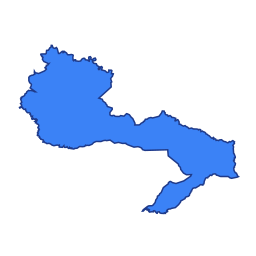 Ipameri, Goiás, Brazil, rotated 86°
{"feature_id": "56859067B29247640267498", "entity_name": "Ipameri", "entity_type": "district", "adm_level": 2, "iso_a3": "BRA", "parent_name": "Brazil", "parent_adm1": "Goiás", "projection": "natural_earth1", "projection_center": [-48.016, -17.457], "detail": "fine", "context": "isolated", "style": "filled", "palette": "blue", "viewbox_px": 256, "rotation_deg": 86, "n_neighbors": 0, "source": "geoboundaries", "source_scale": "gbopen_adm2", "svg_char_len": 5856}
<svg xmlns="http://www.w3.org/2000/svg" viewBox="0 0 256 256"><g transform="rotate(86 128 128)"><path d="M213.7,102.8L214.9,102.1L215.4,101.0L215.8,98.0L215.2,97.7L215.7,96.6L215.0,96.5L214.2,94.5L213.7,95.0L213.3,94.6L213.0,95.0L212.2,94.3L211.7,93.0L211.7,91.4L211.2,90.1L210.7,86.3L208.0,82.9L205.6,80.8L204.5,80.5L202.4,76.0L201.9,76.0L200.8,74.9L200.4,72.7L199.6,71.5L197.9,71.0L196.7,69.9L195.3,69.4L195.1,68.8L194.5,68.8L192.7,67.5L192.3,65.6L192.5,64.8L190.4,60.7L189.6,59.9L189.5,59.2L190.1,57.9L190.0,57.2L189.5,57.3L189.0,56.2L186.4,55.6L183.5,54.1L183.1,53.3L183.3,52.0L182.5,51.6L182.1,50.7L180.7,49.3L181.2,47.8L180.0,46.6L179.8,44.4L180.1,43.7L181.2,43.1L181.5,41.9L182.8,39.3L183.4,31.3L184.8,29.9L185.4,28.2L184.7,22.7L184.2,21.2L183.6,21.9L180.6,23.0L180.1,24.1L177.8,25.2L175.5,25.3L174.8,25.0L174.5,24.5L173.7,24.6L172.5,23.7L171.0,23.3L168.1,25.0L167.6,24.9L167.5,24.1L165.3,24.0L165.2,23.1L164.4,23.0L161.2,23.9L160.7,24.4L155.7,24.4L154.2,24.0L152.6,24.6L150.8,22.9L150.0,23.2L149.3,22.7L147.9,24.3L149.1,26.8L148.6,27.8L149.6,29.1L149.6,29.9L148.5,31.7L148.0,33.5L146.2,35.5L146.3,37.8L146.9,38.4L146.4,39.7L146.5,41.0L145.3,41.2L145.0,41.6L144.8,42.6L145.2,43.3L144.7,43.7L143.7,43.1L143.3,43.5L144.0,44.4L144.0,45.1L143.5,45.8L141.3,47.6L141.1,48.2L139.7,49.6L139.3,50.7L138.4,50.9L137.4,51.9L137.1,52.9L136.2,54.1L136.7,55.5L134.8,55.7L134.4,56.5L134.8,57.9L134.2,58.2L133.8,59.6L133.5,62.8L132.5,64.5L132.8,67.3L131.3,68.5L130.7,69.8L129.6,70.9L130.0,72.5L128.8,74.7L128.0,75.2L127.9,76.7L125.4,76.6L123.4,77.5L123.1,78.2L124.2,79.9L124.0,80.6L121.7,79.7L120.8,81.7L120.5,83.6L119.8,83.8L118.5,85.2L119.1,87.1L117.8,87.6L117.4,89.2L116.3,90.1L115.3,89.9L114.9,90.5L113.7,90.7L113.4,92.6L115.3,93.5L118.5,96.3L119.7,102.8L119.1,104.4L119.6,107.0L120.5,108.0L120.5,110.1L122.3,111.1L122.5,112.1L123.2,112.3L124.2,114.6L125.4,115.9L125.7,116.9L125.4,121.0L124.5,120.7L123.5,120.8L118.9,122.6L117.4,124.1L114.9,125.7L113.8,127.7L113.6,128.5L115.9,131.2L115.1,134.5L115.9,135.8L115.6,139.0L115.4,140.1L114.5,141.0L114.4,142.2L114.8,142.9L114.2,144.6L113.5,145.1L111.3,145.0L108.3,142.4L107.0,142.4L105.1,147.1L103.3,147.6L102.3,148.5L101.5,148.6L99.4,151.1L97.6,151.6L96.2,155.0L85.9,141.9L81.5,141.9L80.9,141.0L77.7,141.9L76.2,140.9L75.4,139.9L74.5,139.8L73.9,139.2L72.9,138.9L72.7,140.8L69.6,140.1L69.2,140.5L68.9,143.1L70.6,143.2L71.1,144.1L71.1,145.2L69.4,146.8L68.2,150.3L65.6,149.4L64.8,150.3L65.1,151.0L67.3,152.0L67.7,152.7L67.6,153.3L66.7,153.5L65.4,152.5L64.8,152.5L63.7,154.4L61.7,155.1L61.0,157.7L59.4,158.8L58.8,158.5L58.3,155.8L57.9,155.4L57.3,155.2L55.9,155.9L56.4,157.8L57.3,158.4L57.5,159.1L56.6,160.3L55.2,159.9L54.2,160.6L54.4,162.0L55.0,162.3L56.1,162.3L57.2,161.7L58.6,162.0L58.2,162.9L57.5,163.3L57.0,165.8L55.7,166.2L55.3,167.0L55.5,168.1L56.3,169.5L57.7,170.4L57.9,171.1L58.0,172.7L57.3,175.7L56.3,175.6L56.3,176.7L57.1,177.6L56.6,178.0L53.5,178.1L51.9,177.6L51.2,177.9L50.7,179.5L50.9,181.6L50.6,183.2L48.8,184.1L47.1,186.3L48.1,186.8L48.3,187.5L47.0,187.6L46.9,188.2L48.9,191.2L48.8,192.1L43.8,193.1L42.7,193.9L43.5,195.2L43.0,196.7L42.6,197.2L40.3,197.9L40.2,198.8L42.0,199.2L42.6,200.4L44.8,201.9L44.9,203.8L47.9,204.4L48.4,205.1L48.1,209.6L48.7,209.9L50.2,209.2L50.4,208.5L51.0,208.7L51.5,207.9L53.5,208.6L55.8,207.3L57.7,203.8L58.4,203.4L58.2,202.4L59.5,203.5L59.8,205.1L60.8,205.0L61.9,206.6L62.5,206.4L62.8,205.6L63.6,205.3L65.2,207.2L67.4,213.3L66.4,216.7L64.9,217.4L66.5,217.6L67.7,217.2L68.7,219.4L68.7,220.5L69.5,222.5L70.6,223.4L74.0,223.6L76.0,222.9L77.1,221.7L78.0,221.3L79.6,221.8L81.2,222.8L85.4,217.8L85.3,218.8L84.5,219.8L84.0,221.5L83.7,222.7L83.9,223.7L83.5,224.5L84.8,226.4L86.2,227.0L86.7,228.3L88.4,228.9L89.4,230.7L89.3,231.2L89.8,231.4L89.9,232.3L90.3,232.6L91.1,232.3L91.5,233.1L95.0,232.2L96.1,233.5L97.7,232.4L99.3,233.2L99.9,234.8L100.5,234.6L99.8,232.0L100.3,231.6L101.1,231.6L102.3,230.3L102.0,228.9L103.7,228.7L105.5,227.5L105.9,226.6L105.7,225.6L106.5,224.5L107.0,224.4L107.6,224.8L108.2,224.1L109.8,223.9L109.6,222.5L112.0,223.4L112.6,223.0L112.7,222.3L111.9,221.6L113.0,220.5L112.4,219.2L113.4,218.1L114.0,218.2L113.6,219.6L114.6,218.8L115.1,220.3L115.7,219.3L116.4,219.8L116.9,218.6L117.7,218.4L118.0,217.5L118.9,216.8L120.6,217.1L120.9,217.8L121.5,217.9L122.5,216.9L123.0,217.2L123.6,216.7L124.5,217.8L125.6,217.6L125.9,218.4L126.6,218.7L127.4,218.0L128.8,219.0L129.3,218.7L129.4,217.7L130.2,217.0L130.9,217.3L131.2,216.6L132.1,216.6L132.6,215.8L133.1,215.8L134.0,213.4L135.2,213.0L135.4,213.7L136.2,213.8L136.1,212.4L136.9,211.8L137.1,211.0L137.9,210.1L137.8,207.9L138.4,206.5L139.8,204.9L140.5,203.1L140.1,200.2L140.2,199.0L140.7,198.3L140.4,197.7L142.2,197.9L142.7,194.7L141.2,193.2L142.3,193.1L142.9,192.5L143.0,190.8L142.4,190.1L144.0,189.0L144.3,188.4L144.1,187.6L143.4,187.5L143.9,187.0L144.0,185.7L144.6,186.1L145.2,183.4L144.7,182.8L144.6,180.1L143.1,177.6L143.5,174.5L143.3,172.4L142.2,171.6L142.6,170.9L142.4,170.0L142.7,168.1L141.7,165.0L140.1,163.2L139.2,160.7L139.6,155.9L138.9,153.6L138.7,151.6L139.1,150.2L138.8,146.7L142.2,142.5L141.7,138.5L143.0,134.5L143.1,131.2L143.7,131.0L144.7,129.4L147.5,123.4L147.3,119.4L147.9,117.7L148.9,115.9L150.6,115.0L151.5,112.7L152.5,89.9L158.6,89.8L167.6,80.2L169.1,80.1L170.9,78.5L173.0,78.3L176.8,75.8L178.7,73.0L178.9,68.0L180.5,68.9L184.7,76.1L186.7,84.0L185.6,87.4L184.3,89.2L184.4,90.2L185.4,91.5L186.4,91.6L189.9,96.9L194.7,99.4L195.8,100.9L197.1,101.6L198.1,103.4L200.0,103.8L201.7,105.3L204.2,106.1L206.8,108.6L207.2,109.4L207.1,112.6L207.6,114.0L210.6,118.5L211.9,119.4L211.9,118.5L210.5,117.0L210.3,116.1L209.8,115.6L209.5,114.7L211.1,114.8L211.2,114.2L210.5,113.1L211.0,112.6L211.5,113.6L212.8,113.0L212.7,112.4L213.4,112.2L213.2,110.4L213.4,108.4L212.5,108.4L212.3,107.7L213.2,106.3L213.9,106.2L215.0,105.3L215.1,104.8L214.0,104.4L213.7,102.8Z" fill="#3b82f6" stroke="#1e3a8a" stroke-width="1.5"/></g></svg>